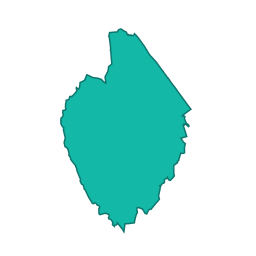 the district of Bilskas pag., Smiltenes, Latvia, rotated 250°
{"feature_id": "27541924B86975259147781", "entity_name": "Bilskas pag.", "entity_type": "district", "adm_level": 2, "iso_a3": "LVA", "parent_name": "Latvia", "parent_adm1": "Smiltenes", "projection": "equal_earth", "projection_center": [26.046, 57.482], "detail": "fine", "context": "isolated", "style": "filled", "palette": "teal", "viewbox_px": 256, "rotation_deg": 250, "n_neighbors": 0, "source": "geoboundaries", "source_scale": "gbopen_adm2", "svg_char_len": 5311}
<svg xmlns="http://www.w3.org/2000/svg" viewBox="0 0 256 256"><g transform="rotate(250 128 128)"><path d="M214.2,166.1L213.7,165.8L213.5,165.6L213.4,165.7L213.1,164.3L213.5,163.8L213.6,163.3L213.6,163.2L214.1,162.9L214.4,162.6L214.5,162.5L214.4,162.3L214.1,162.2L214.6,161.1L215.1,160.8L215.5,160.3L215.2,159.9L216.2,159.8L216.2,159.3L218.8,159.2L220.0,157.9L220.7,157.3L223.1,155.6L223.5,155.1L223.5,153.6L223.6,153.0L223.0,152.1L222.4,151.5L222.3,151.3L221.9,150.7L222.6,148.4L223.5,145.3L223.5,144.9L223.6,144.1L224.0,143.7L223.9,143.3L223.7,143.1L223.5,142.9L222.0,142.3L220.9,141.3L219.1,141.4L217.6,141.0L216.1,140.7L214.3,140.3L212.2,139.8L212.0,139.7L210.4,139.3L209.7,139.3L208.7,139.0L207.3,138.1L207.1,138.1L205.9,138.0L193.7,134.7L192.2,130.7L191.1,130.2L188.1,128.5L184.0,124.0L182.1,123.5L180.6,123.2L180.4,123.2L177.8,122.6L177.9,122.3L178.1,122.1L178.3,121.9L178.9,121.5L181.0,120.3L182.8,119.6L185.1,116.7L187.3,112.3L188.4,111.2L188.6,111.0L189.4,110.2L190.8,108.9L192.1,107.5L189.7,105.4L187.8,103.6L187.2,100.9L187.2,98.6L182.8,96.4L181.6,95.0L182.4,94.0L183.6,93.4L182.6,92.9L180.9,92.8L179.9,91.9L179.6,91.4L178.4,89.4L176.6,85.8L177.5,85.0L177.3,83.8L175.3,82.6L174.9,81.4L175.2,80.4L175.1,79.3L174.8,79.3L174.6,79.2L174.4,79.1L173.1,78.5L173.0,78.4L172.2,77.7L171.8,77.5L170.8,77.2L169.1,76.4L168.6,76.2L167.4,76.2L166.8,76.0L166.7,75.9L166.6,75.2L166.4,74.0L166.4,73.8L166.5,73.6L166.8,73.2L166.8,72.9L164.8,72.0L164.1,71.8L162.8,71.7L162.4,71.6L162.1,71.5L160.8,70.1L160.6,69.7L160.5,69.0L160.3,68.6L158.8,67.8L158.2,67.5L154.8,66.4L154.0,66.5L151.5,66.9L151.1,67.2L150.9,67.4L150.7,67.6L150.4,67.7L150.2,67.7L149.9,67.5L149.5,67.3L149.4,67.2L149.0,67.0L148.6,66.8L148.4,66.7L148.2,66.6L147.9,66.6L147.6,66.5L147.0,66.6L145.5,66.3L140.1,65.7L136.2,63.0L132.2,62.5L131.9,62.5L131.7,62.6L131.6,62.8L131.3,63.1L131.1,63.4L128.8,64.3L124.0,63.9L123.7,63.7L123.0,63.3L122.6,63.1L122.3,63.1L122.1,63.1L120.9,63.7L120.6,63.7L119.7,63.7L118.4,63.5L117.8,63.5L117.4,63.7L116.3,63.9L113.2,65.0L112.1,65.3L110.8,65.8L110.3,65.9L109.5,65.7L109.2,65.7L107.8,65.9L107.4,65.9L106.4,65.6L105.5,65.5L101.4,65.6L100.6,65.6L100.0,65.6L99.8,65.6L98.9,65.7L96.3,65.8L95.9,65.7L94.8,65.1L94.5,64.9L93.9,64.9L92.8,65.0L91.5,65.1L91.3,65.2L91.1,65.3L90.5,65.8L90.4,65.9L89.6,66.3L89.3,66.4L88.7,66.4L85.6,66.0L85.3,66.1L84.4,66.6L84.1,66.7L82.4,66.8L81.3,66.9L79.5,67.1L77.0,67.3L76.0,67.4L75.1,67.6L69.6,68.7L69.4,68.8L68.8,69.3L68.8,69.5L68.7,69.6L68.7,70.0L68.9,70.7L69.0,71.3L68.9,71.6L68.6,71.9L68.1,72.2L66.4,72.6L66.0,72.8L65.8,73.0L65.5,73.3L65.1,74.0L64.8,74.3L64.5,74.3L64.2,74.4L63.9,74.4L63.6,74.4L63.3,74.2L63.0,74.1L62.7,73.6L62.3,73.1L61.8,72.9L60.4,72.5L57.7,71.5L57.2,71.5L56.8,71.6L56.6,71.7L56.3,72.0L56.1,72.2L56.1,72.6L56.0,73.9L55.7,77.4L53.7,80.1L53.3,80.3L52.8,80.4L51.8,80.2L51.6,80.1L50.4,79.0L50.2,78.9L49.7,78.8L49.1,79.0L48.7,79.6L48.1,80.4L47.9,80.6L47.6,80.7L45.2,81.3L44.7,81.5L44.3,81.4L43.9,81.2L43.1,80.6L42.5,80.4L42.1,80.5L40.2,81.6L40.4,81.7L41.0,82.0L41.2,82.3L41.1,83.2L41.0,83.8L41.0,84.1L41.0,84.3L41.3,84.7L41.6,84.9L42.5,85.5L35.6,87.9L34.4,88.2L32.0,88.7L39.0,92.4L38.0,95.7L36.7,101.5L40.8,103.9L41.7,104.6L43.9,106.2L45.1,107.7L45.2,107.8L45.9,107.9L46.5,108.2L48.3,108.2L48.4,108.3L48.5,108.5L49.7,109.2L49.9,109.4L50.0,109.5L50.0,109.8L50.0,110.1L49.9,110.3L49.8,110.5L49.5,110.7L49.2,111.1L49.2,111.3L48.9,111.4L48.8,111.6L48.6,111.9L48.5,112.1L48.1,112.5L47.8,112.9L47.6,113.2L47.5,113.3L47.3,113.5L47.0,113.6L46.9,113.8L46.4,113.8L45.9,114.1L45.0,114.3L41.8,114.9L41.0,116.0L40.9,116.1L41.0,116.2L41.0,116.4L41.2,116.5L43.2,118.6L43.5,119.0L44.1,120.1L44.2,120.4L44.2,120.5L44.2,120.9L44.2,121.0L43.7,121.7L48.0,128.9L48.4,129.7L48.7,130.3L49.1,131.1L49.9,132.4L50.4,133.2L53.2,133.4L53.7,133.5L57.5,135.8L58.3,136.4L60.6,137.7L62.1,138.7L62.8,138.1L63.0,139.7L63.2,140.2L63.8,140.6L63.9,140.9L64.0,141.4L64.1,142.1L64.0,142.6L64.0,142.9L64.2,143.3L64.4,143.5L64.7,143.8L66.6,144.4L67.0,144.6L67.2,144.8L67.3,145.1L67.4,145.6L67.4,146.3L67.3,146.9L67.3,147.2L67.4,147.4L68.2,148.2L65.5,148.4L64.9,149.0L64.3,149.8L65.4,152.0L65.8,152.8L66.1,153.4L66.9,154.8L67.0,154.9L67.2,155.2L68.5,155.4L69.6,155.4L70.6,155.9L74.0,157.0L77.2,158.2L77.9,160.7L78.4,162.6L79.7,162.9L80.0,164.2L80.1,164.5L80.6,164.7L81.3,165.2L82.2,165.9L82.7,166.3L86.3,168.9L85.7,169.9L85.6,170.2L85.4,170.5L85.3,172.6L85.7,172.8L88.1,173.6L90.6,174.5L92.1,175.5L92.9,176.0L93.6,176.5L96.1,175.1L100.4,174.3L99.9,180.3L111.7,180.8L111.7,181.0L111.6,182.0L111.9,182.0L112.6,182.1L111.8,183.5L108.6,185.4L108.9,186.0L109.8,186.0L111.2,185.4L112.2,184.5L113.3,184.4L115.5,184.3L117.8,184.3L118.4,184.8L119.4,185.4L120.0,184.7L120.8,183.2L121.2,183.8L121.5,184.7L122.1,186.5L123.1,190.0L124.1,193.2L124.1,193.5L130.4,191.6L138.3,189.3L138.7,189.2L138.9,189.2L139.0,189.1L145.9,187.1L146.0,187.1L147.5,186.7L149.6,186.1L153.8,184.7L154.3,184.6L158.3,183.4L158.4,183.5L159.8,183.1L161.0,182.8L160.9,182.6L163.1,182.0L164.4,181.7L166.5,181.0L169.4,180.3L169.3,180.2L169.7,180.1L172.7,179.2L173.5,179.0L179.4,177.3L180.9,176.8L182.7,176.1L187.4,174.1L188.5,173.7L188.4,173.7L189.3,173.4L191.8,172.8L196.9,171.8L199.4,171.3L201.0,170.8L206.5,169.3L207.3,169.1L209.6,168.3L211.5,167.7L212.3,167.3L214.4,166.3L214.2,166.1L214.2,166.1Z" fill="#14b8a6" stroke="#0f766e" stroke-width="1.5"/></g></svg>